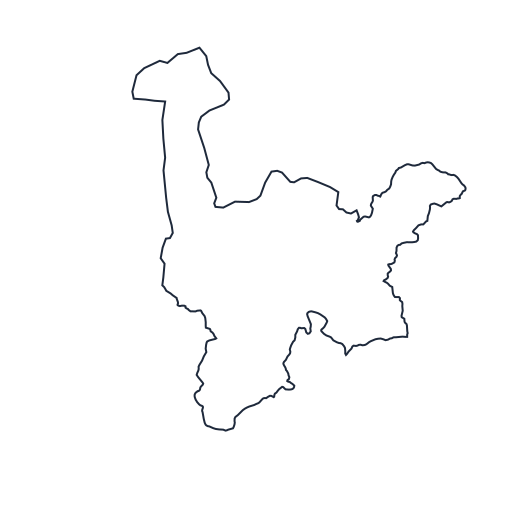 Noyemberyan, Tavush, Armenia, rotated 110°
{"feature_id": "60910142B91893533127348", "entity_name": "Noyemberyan", "entity_type": "district", "adm_level": 2, "iso_a3": "ARM", "parent_name": "Armenia", "parent_adm1": "Tavush", "projection": "natural_earth1", "projection_center": [44.992, 41.129], "detail": "fine", "context": "isolated", "style": "outline", "palette": "slate", "viewbox_px": 512, "rotation_deg": 110, "n_neighbors": 0, "source": "geoboundaries", "source_scale": "gbopen_adm2", "svg_char_len": 6115}
<svg xmlns="http://www.w3.org/2000/svg" viewBox="0 0 512 512"><g transform="rotate(110 256 256)"><path d="M150.0,424.7L146.8,413.4L144.8,404.3L141.9,394.2L160.2,390.5L177.4,383.2L194.7,375.0L207.2,372.2L232.1,360.3L244.6,353.9L256.1,345.7L262.8,342.1L268.6,343.0L270.5,346.6L280.1,346.6L290.7,344.8L294.5,339.3L308.0,335.7L315.6,334.0L316.6,331.7L318.3,329.6L319.4,328.4L320.4,323.4L321.4,320.8L322.6,316.2L323.4,315.8L325.9,313.7L327.0,313.1L328.5,313.1L329.0,312.8L329.2,311.7L329.1,310.4L328.1,308.8L327.2,306.3L327.4,305.0L328.6,304.6L329.0,303.4L329.1,301.8L329.7,300.9L330.4,298.6L328.7,293.8L327.5,292.5L326.1,289.5L326.3,288.8L328.1,286.9L330.0,283.8L331.6,282.5L335.4,280.6L339.0,279.3L340.5,278.6L340.3,274.5L340.7,273.9L342.3,272.8L342.8,270.8L343.8,269.2L345.4,267.7L347.0,265.2L347.8,265.8L351.3,271.0L353.0,272.6L354.1,272.8L356.5,272.5L360.3,271.6L363.3,269.8L368.1,270.7L372.8,270.9L377.5,271.9L379.6,272.1L381.8,271.2L383.4,271.0L385.9,271.2L388.0,271.1L389.5,269.1L393.2,262.9L393.9,262.0L395.1,262.0L397.8,263.2L398.9,263.3L400.4,263.0L401.4,263.1L402.6,263.8L403.0,264.7L404.1,265.2L405.0,265.9L406.5,266.2L407.4,266.2L408.6,265.8L409.8,265.1L411.8,263.4L412.2,262.8L413.3,261.5L414.8,258.8L415.3,257.3L415.3,255.5L415.6,254.5L416.6,254.0L419.2,253.9L420.1,253.6L421.0,252.8L426.9,249.4L430.2,247.2L431.6,245.8L432.1,244.9L432.4,243.3L432.1,241.6L432.4,237.4L432.3,234.7L431.6,231.4L430.4,227.4L430.5,224.9L429.7,223.7L428.7,222.7L425.8,218.7L424.2,218.5L421.6,218.6L419.7,219.0L418.5,219.7L416.0,220.5L414.3,220.3L411.8,218.7L405.4,215.7L403.2,214.2L401.4,212.6L399.7,210.8L396.6,206.7L395.0,205.2L393.6,203.6L392.5,202.8L388.3,201.1L387.3,200.5L386.8,199.8L386.4,199.0L386.1,197.8L384.3,196.6L382.6,195.1L382.2,193.7L382.6,191.1L382.0,190.8L380.3,191.2L378.9,191.2L377.4,190.1L375.3,189.5L373.2,188.7L370.0,186.7L369.9,185.5L370.6,184.1L371.2,182.6L370.3,179.4L369.5,177.6L368.5,176.2L367.1,175.5L366.1,175.4L364.7,175.7L363.7,178.1L363.4,179.7L362.8,181.3L363.1,182.7L362.8,183.9L361.6,183.9L360.5,183.0L358.5,183.2L357.0,184.6L355.4,185.5L353.5,187.6L352.8,188.9L351.5,189.6L350.3,190.8L349.4,192.0L348.2,193.2L347.4,193.6L346.0,193.5L343.4,192.4L339.6,192.0L337.2,191.0L335.7,190.7L334.2,191.0L332.2,192.3L330.3,192.4L327.8,192.4L323.8,191.8L322.1,190.9L319.1,191.2L316.6,192.1L312.7,191.6L310.6,191.7L308.8,191.1L308.4,190.0L308.4,188.7L307.2,186.1L307.6,184.8L310.6,182.6L311.4,180.7L310.4,179.4L308.1,178.8L305.5,180.2L303.8,180.4L301.3,181.1L294.9,186.9L293.1,188.1L292.0,188.1L290.5,187.3L289.7,186.3L289.0,184.9L288.6,180.9L288.5,178.3L288.9,175.5L290.2,170.4L291.1,168.8L292.8,166.8L294.4,166.8L299.1,167.5L301.0,168.3L302.5,169.2L303.4,169.4L304.3,168.8L305.9,165.5L306.6,162.7L306.6,159.3L306.8,157.7L307.7,156.2L308.8,154.5L309.4,150.5L309.4,148.3L309.0,146.8L309.2,144.8L310.7,142.3L312.0,140.9L314.8,139.6L317.1,138.8L318.2,137.6L316.8,137.0L314.1,136.3L310.3,134.6L308.2,134.5L306.9,133.7L306.3,131.2L305.5,130.0L304.3,128.9L303.6,127.4L303.5,125.5L302.8,124.0L301.9,122.7L300.3,121.5L298.3,120.3L296.8,119.0L293.4,115.3L292.0,113.0L290.9,110.6L290.7,107.7L290.8,105.5L289.5,103.4L287.7,101.8L286.8,100.2L285.4,99.0L284.4,96.5L281.7,90.8L280.8,87.6L280.3,86.3L278.0,87.1L276.6,87.1L275.0,88.1L269.5,90.5L268.3,91.5L267.8,93.0L267.0,93.9L264.2,95.2L263.7,98.1L262.5,98.8L257.3,99.4L253.0,101.4L250.9,102.0L249.3,102.9L248.7,104.9L248.2,105.8L246.4,106.3L245.7,107.7L246.7,110.3L247.0,111.5L246.3,112.5L245.3,113.7L244.0,114.7L238.5,117.4L238.2,120.1L236.9,122.4L236.4,123.9L236.2,125.8L235.9,127.5L234.9,127.3L233.6,126.0L231.6,124.8L230.2,124.8L229.1,125.6L227.6,126.2L226.6,125.9L225.1,124.9L223.5,124.2L222.1,124.8L219.7,128.3L218.8,128.8L218.0,127.9L217.5,126.5L216.9,125.7L214.7,123.8L213.0,123.9L211.9,124.6L210.5,124.6L208.6,123.7L207.3,123.7L206.4,124.4L205.4,125.5L203.2,125.7L200.0,126.8L198.0,126.6L196.8,125.7L196.2,124.4L194.4,123.5L193.1,121.7L191.5,119.1L190.6,116.5L189.8,114.2L188.8,112.2L187.7,110.4L185.9,109.4L184.0,109.7L181.1,110.9L180.4,112.2L180.3,114.4L179.9,116.2L179.4,116.8L177.8,116.5L175.1,115.2L171.6,113.8L169.8,111.6L169.1,109.6L165.3,108.0L164.4,107.0L159.7,108.2L156.7,108.1L152.9,108.5L151.0,109.0L149.5,109.7L147.9,109.4L146.7,108.0L145.7,106.4L145.6,103.8L146.0,98.8L140.3,95.4L139.8,94.5L139.6,92.9L138.6,91.8L137.3,90.9L135.5,90.7L134.6,89.8L133.7,87.0L133.0,86.3L132.5,85.0L131.9,84.3L130.7,84.8L129.8,85.0L127.9,84.4L127.4,84.0L124.5,83.7L123.0,82.1L122.3,81.9L121.0,82.1L119.9,82.7L118.6,84.6L118.1,86.4L117.3,87.9L114.2,92.1L113.1,94.1L112.3,96.4L112.2,98.1L113.0,99.7L113.2,100.9L113.2,102.4L113.5,103.3L113.0,104.2L112.7,105.7L112.7,106.9L113.1,107.7L113.5,109.1L113.7,110.9L113.6,112.0L113.1,113.2L113.0,114.8L112.6,116.6L109.5,121.7L108.8,123.5L108.9,125.5L109.3,127.0L110.2,128.4L111.1,129.3L111.5,131.3L112.5,132.6L114.3,134.0L116.7,137.6L117.4,139.9L117.6,144.0L118.1,145.4L119.8,147.2L123.3,150.1L124.5,151.9L125.6,152.1L128.1,153.6L130.1,153.6L132.3,154.2L134.8,154.6L137.1,154.7L138.2,154.7L139.9,154.4L142.5,153.6L145.0,153.6L147.0,153.9L149.0,155.3L150.7,155.9L152.0,157.0L153.2,158.6L154.2,159.2L156.0,159.5L157.2,159.5L157.7,159.6L157.5,160.9L157.7,162.2L157.5,163.8L158.0,165.1L158.8,165.8L159.7,166.5L160.7,166.5L164.0,165.1L165.3,165.1L167.0,165.5L168.1,165.6L169.4,165.3L171.6,162.4L175.7,161.8L178.3,161.8L180.0,162.2L181.1,163.1L181.5,166.8L181.9,167.7L182.4,168.4L186.3,170.5L187.5,170.5L189.0,172.0L189.0,172.7L188.5,173.2L187.6,172.6L184.4,172.5L181.8,174.4L178.7,177.1L183.6,181.3L184.2,185.9L182.4,190.3L183.5,194.0L181.0,197.6L167.8,200.5L165.9,210.0L165.3,222.9L165.1,234.5L167.7,240.2L173.7,245.4L174.6,249.1L168.7,260.1L168.7,265.2L171.4,270.3L183.9,272.5L197.8,272.5L202.3,274.8L207.7,281.0L212.1,294.3L221.7,303.3L223.7,310.9L220.8,313.3L214.8,313.2L202.3,323.1L199.1,328.5L194.3,331.3L186.6,331.5L172.3,341.5L156.9,353.7L150.0,355.4L143.8,355.1L135.2,349.5L124.7,337.9L118.2,334.8L111.9,337.7L103.9,349.6L99.5,360.6L92.7,366.5L85.2,371.1L79.6,380.4L88.8,390.7L93.0,398.5L104.9,405.3L105.5,413.2L117.7,425.3L127.0,430.1L143.9,428.4L150.0,424.7Z" fill="none" stroke="#1e293b" stroke-width="2"/></g></svg>